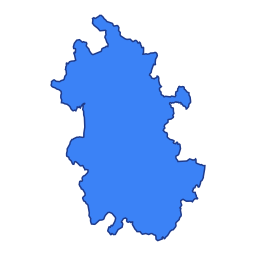 map outline of Anhui (Equal Earth projection)
{"feature_id": "CHN-1179", "entity_name": "Anhui", "entity_type": "Province", "adm_level": 1, "iso_a3": "CHN", "parent_name": "China", "parent_adm1": "", "projection": "equal_earth", "projection_center": [117.353, 32.025], "detail": "fine", "context": "isolated", "style": "filled", "palette": "blue", "viewbox_px": 256, "rotation_deg": 0, "n_neighbors": 0, "source": "natural_earth", "source_scale": "10m", "svg_char_len": 5767}
<svg xmlns="http://www.w3.org/2000/svg" viewBox="0 0 256 256"><path d="M204.9,165.6L204.6,169.2L203.3,176.6L203.3,177.6L202.0,180.4L200.7,181.4L200.4,183.5L199.3,186.6L198.8,187.1L198.2,187.0L197.4,185.2L196.8,185.0L196.3,185.2L195.7,185.7L194.9,187.7L193.4,188.3L193.2,189.9L192.5,190.6L192.6,191.5L193.3,192.3L195.2,192.4L195.5,194.1L196.3,195.6L196.3,196.9L197.6,198.3L197.4,198.8L195.1,198.7L193.8,199.7L192.4,201.8L191.3,201.1L186.3,201.2L183.1,199.3L182.5,199.5L180.8,200.7L180.7,202.1L181.7,205.1L179.9,207.9L180.8,208.4L180.4,210.1L181.2,214.5L181.1,215.9L179.7,217.6L179.1,219.7L176.1,222.5L175.7,223.7L176.0,225.4L175.7,226.6L173.3,229.7L171.9,230.0L170.3,231.1L167.5,235.6L165.9,236.9L164.8,238.5L164.3,238.7L163.3,237.3L162.6,237.0L162.1,237.6L162.3,238.9L157.8,240.6L156.3,239.5L156.0,238.9L155.9,236.3L155.5,235.3L153.7,234.7L152.1,233.6L150.7,233.6L148.8,234.5L145.8,233.5L142.5,234.2L141.7,233.7L140.2,231.7L137.0,231.6L136.0,230.1L135.1,229.3L132.7,225.0L132.4,224.4L132.6,222.0L131.9,221.9L130.8,222.5L129.8,221.6L128.5,222.2L127.4,222.0L126.6,221.0L126.9,219.1L125.6,218.0L125.3,218.0L123.4,218.7L121.4,221.9L121.5,222.3L122.3,222.7L122.8,224.1L122.1,227.2L118.1,229.6L115.3,234.4L113.6,234.6L112.0,233.5L111.7,233.6L111.3,234.5L110.6,234.6L109.3,232.6L108.0,231.4L107.8,230.5L108.9,227.1L109.2,226.8L110.3,227.2L111.2,225.4L111.7,225.4L112.3,225.8L112.7,225.4L114.9,221.3L115.6,218.6L115.4,217.4L112.1,213.4L109.6,212.3L107.9,212.6L105.5,215.2L104.6,216.8L103.9,218.9L103.4,219.4L101.9,220.0L99.4,220.2L95.3,224.0L94.4,224.3L91.5,224.0L90.7,221.8L90.5,220.2L90.7,218.6L89.0,215.7L89.3,212.8L88.0,205.2L87.4,204.4L86.1,203.4L85.4,201.8L83.7,200.9L82.7,198.4L82.7,197.8L83.2,197.0L85.0,195.4L85.1,193.9L84.8,192.8L82.9,189.6L81.2,188.8L80.9,187.5L80.0,186.4L79.2,184.6L79.7,181.6L80.3,181.1L81.5,181.3L82.2,180.9L82.5,180.0L82.1,178.6L82.3,177.4L83.4,176.1L85.0,175.4L87.4,172.9L88.0,171.8L88.0,170.0L86.5,169.5L84.9,169.8L84.6,168.6L83.7,167.4L82.9,165.7L82.3,165.5L81.1,165.9L80.2,165.8L77.5,163.0L75.8,161.7L75.2,161.6L74.7,161.9L73.8,164.3L72.9,164.2L72.3,163.4L71.3,161.0L69.3,159.2L68.7,157.2L66.8,156.2L66.6,155.5L66.6,153.3L67.2,151.0L67.2,148.9L69.8,144.2L70.4,141.8L71.9,139.5L72.8,139.5L73.5,138.8L76.9,137.2L78.4,137.3L79.3,136.9L82.7,137.4L83.8,137.0L83.9,133.0L84.8,127.1L84.4,117.4L83.7,114.8L83.6,111.2L82.7,109.5L83.2,106.7L82.7,106.0L83.0,105.2L84.7,103.7L84.6,103.4L83.5,103.6L82.2,104.8L81.0,106.5L80.4,107.9L79.3,106.7L78.9,107.5L77.3,107.0L77.1,108.1L75.8,110.8L75.3,110.4L74.6,110.2L73.1,110.8L72.5,110.5L71.1,109.0L69.8,106.4L67.2,104.3L64.5,103.7L63.4,103.0L61.4,102.7L61.7,99.9L61.0,98.3L60.8,97.4L60.9,94.9L61.4,93.9L61.1,91.4L59.3,89.8L56.5,88.9L55.5,88.0L52.7,87.0L51.8,86.3L51.1,85.1L51.6,83.2L51.5,81.6L53.4,80.1L54.2,79.9L56.2,81.3L59.7,81.6L61.2,80.6L63.5,79.9L64.1,79.3L64.9,76.2L66.3,74.5L66.4,73.9L66.1,70.4L65.4,69.5L65.8,68.2L65.8,66.9L66.5,65.6L66.3,63.8L66.5,63.1L66.9,63.0L67.6,63.8L68.1,63.8L69.5,61.8L71.3,61.2L74.3,60.9L75.7,60.2L74.6,55.2L73.8,53.1L74.3,52.3L75.1,52.8L75.4,52.5L75.6,49.1L75.3,48.6L73.7,48.5L73.4,46.8L74.3,43.4L76.7,40.2L79.5,39.7L82.4,42.2L83.7,41.7L84.5,42.2L86.3,42.5L86.8,43.5L86.3,45.7L86.5,46.4L88.8,48.9L89.6,51.2L91.4,53.7L92.5,54.5L93.3,54.5L101.0,51.4L101.4,50.9L101.8,49.1L102.1,48.6L104.3,47.5L105.2,47.4L106.2,46.3L107.8,46.6L108.1,44.5L107.9,43.8L106.8,42.2L105.8,39.2L104.9,37.4L105.1,36.2L106.0,34.7L105.7,32.5L105.9,30.7L105.3,30.3L100.0,30.8L97.7,28.2L94.1,25.4L92.5,23.2L92.9,19.8L92.5,18.5L93.9,17.7L94.9,18.5L95.4,18.4L98.7,16.4L99.7,15.4L101.3,15.4L103.4,17.4L103.9,18.5L105.9,20.2L106.8,21.5L112.2,23.3L112.7,23.8L113.3,25.5L113.7,25.9L114.7,26.0L117.1,25.5L118.0,26.0L118.9,27.6L118.6,30.6L120.2,32.4L120.1,34.8L120.7,35.9L125.3,38.9L126.9,39.4L130.2,39.2L132.6,41.5L133.7,41.4L135.0,40.5L135.9,40.4L137.1,41.4L138.0,43.0L139.1,42.9L139.4,42.2L139.9,42.5L140.4,43.3L140.8,45.1L141.4,46.1L141.7,47.5L142.1,47.7L143.3,47.4L143.6,47.8L143.5,52.6L142.9,54.1L143.7,54.2L146.2,53.8L147.5,54.2L149.3,53.8L150.5,53.1L153.6,52.9L155.0,52.4L155.9,52.6L156.9,53.7L157.3,55.6L156.7,57.2L155.6,59.1L155.2,62.5L155.4,64.5L154.8,64.8L153.7,64.3L153.4,64.8L151.5,70.3L151.2,72.4L149.8,74.0L149.5,75.1L151.0,76.4L151.6,78.0L154.3,78.8L154.8,78.3L156.7,77.5L157.1,76.1L157.7,76.2L158.4,76.9L158.8,78.2L158.7,80.7L159.7,84.6L161.4,86.6L159.6,88.1L159.4,89.0L159.8,90.8L161.0,92.1L161.1,93.9L161.4,94.7L163.5,95.9L163.6,96.5L164.1,96.8L165.7,96.3L170.4,96.9L171.5,96.1L175.0,96.7L175.8,95.6L175.5,94.6L175.9,91.9L177.5,91.0L177.8,88.6L178.5,87.8L178.8,86.7L179.4,86.4L180.9,87.0L182.4,86.6L183.7,86.8L184.2,87.6L184.3,89.1L185.1,89.6L187.3,92.2L188.9,92.7L189.0,95.0L190.1,97.1L190.6,101.3L190.5,102.6L189.3,103.7L188.8,104.9L188.6,106.6L186.7,108.9L186.2,109.0L186.0,107.8L184.8,106.2L183.4,106.0L182.1,104.1L181.0,103.9L181.0,102.8L180.7,102.5L178.9,102.9L178.0,102.1L177.0,102.4L176.0,101.8L173.5,102.9L172.5,102.6L171.6,103.2L170.5,102.6L169.8,102.9L169.6,103.4L169.7,104.3L170.8,105.3L171.1,107.2L171.5,107.6L173.0,107.9L173.3,108.4L173.4,111.3L173.9,113.5L173.2,114.5L172.8,115.7L173.4,116.4L173.3,117.4L171.2,119.0L168.2,119.6L168.0,120.2L168.0,122.2L164.7,124.8L164.2,126.5L164.9,128.0L163.9,128.8L163.7,129.7L163.2,130.2L164.0,131.3L165.5,132.6L166.4,132.6L166.8,132.8L167.4,134.2L167.2,136.6L167.5,137.4L169.9,139.4L172.5,140.0L173.9,140.7L174.1,141.0L173.3,142.4L173.7,143.2L175.7,143.7L176.5,142.4L177.1,142.2L177.5,142.5L178.0,144.3L179.2,144.0L179.9,144.5L180.5,148.7L178.8,154.1L178.0,155.1L176.1,156.0L175.8,156.9L176.0,158.1L176.5,159.2L177.4,160.1L178.0,161.5L186.8,161.0L189.7,158.9L192.7,160.0L194.5,159.9L195.6,158.9L196.0,159.7L196.0,162.4L196.4,163.2L200.5,164.8L201.5,164.6L203.1,165.6L204.9,165.6Z" fill="#3b82f6" stroke="#1e3a8a" stroke-width="1.5"/></svg>